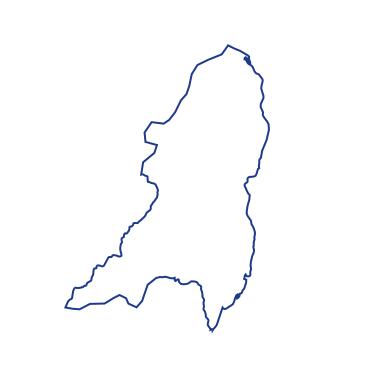 an SVG outline of Atsimo-Andrefana, rotated 199°
{"feature_id": "MDG-5866", "entity_name": "Atsimo-Andrefana", "entity_type": "Autonomous Province", "adm_level": 1, "iso_a3": "MDG", "parent_name": "Madagascar", "parent_adm1": "", "projection": "orthographic", "projection_center": [44.623, -23.116], "detail": "fine", "context": "isolated", "style": "outline", "palette": "blue", "viewbox_px": 384, "rotation_deg": 199, "n_neighbors": 0, "source": "natural_earth", "source_scale": "10m", "svg_char_len": 6021}
<svg xmlns="http://www.w3.org/2000/svg" viewBox="0 0 384 384"><g transform="rotate(199 192 192)"><path d="M205.6,342.4L199.0,341.5L192.5,341.1L183.3,339.2L182.1,338.6L181.2,335.9L179.2,333.6L178.7,332.1L179.9,332.6L181.0,333.6L182.9,335.8L184.2,336.7L185.2,336.8L185.8,336.0L185.5,334.5L184.5,334.7L183.6,334.2L182.0,332.6L181.0,331.9L180.1,331.5L179.1,331.3L177.9,331.2L175.7,330.3L171.9,326.2L169.7,325.0L167.7,325.1L167.0,324.9L162.0,321.5L161.3,320.0L160.8,314.6L160.2,312.3L155.7,306.1L155.0,303.9L155.6,297.7L155.0,295.4L154.3,294.2L151.6,291.3L151.3,291.1L151.0,290.8L150.7,290.2L150.5,289.6L150.3,288.2L150.0,287.6L147.9,285.8L143.5,282.8L141.6,280.8L139.5,275.9L138.4,265.6L139.1,253.8L138.0,247.1L138.1,246.5L138.6,245.2L138.8,244.5L138.7,243.7L137.9,241.7L137.4,239.0L137.0,237.7L136.2,236.5L137.1,235.1L136.9,230.2L137.2,228.0L138.6,226.7L142.8,224.8L143.9,223.3L143.7,222.1L142.9,220.3L143.0,219.1L143.9,218.1L144.2,217.7L144.6,216.5L144.6,215.9L144.4,215.3L143.7,214.3L142.1,212.9L140.8,211.2L138.1,208.7L137.7,208.4L137.3,208.4L136.9,208.2L136.4,207.8L136.2,207.4L136.0,205.9L135.3,203.5L135.0,197.3L134.1,192.2L133.2,189.3L131.5,187.4L127.1,184.2L126.4,183.2L125.4,181.1L124.4,180.2L123.3,179.4L121.1,176.9L119.7,174.9L119.0,173.4L118.7,172.5L118.4,169.6L117.5,167.8L117.2,164.2L116.4,162.2L116.0,159.8L115.7,159.2L114.8,158.0L114.5,157.4L114.0,155.8L114.0,154.2L114.2,151.0L113.5,144.7L112.6,141.4L111.0,138.3L111.0,137.6L111.0,136.9L111.0,136.2L110.6,134.5L109.9,133.0L110.0,131.5L111.4,130.4L113.1,130.3L114.4,131.5L114.9,130.4L114.7,129.3L114.5,128.1L114.4,126.8L112.2,126.8L111.3,124.0L111.2,117.8L111.4,117.1L112.0,115.7L112.1,115.0L112.1,113.3L112.2,112.6L112.5,112.3L112.8,112.1L113.0,111.7L113.4,111.6L113.7,111.4L113.8,111.2L113.3,109.3L113.4,108.4L113.7,107.6L114.1,106.8L114.7,106.0L115.4,107.0L115.5,108.2L115.1,110.7L116.4,108.8L116.7,105.6L116.5,102.1L116.8,99.4L117.5,98.2L121.7,92.9L122.8,92.1L124.1,91.9L125.5,92.7L125.3,74.3L125.8,72.6L127.1,69.4L127.5,67.7L128.0,68.9L128.5,68.9L129.7,67.7L129.8,68.2L130.7,69.1L133.0,70.7L133.8,71.4L134.1,72.3L134.6,75.9L135.2,76.7L138.0,78.3L138.6,79.2L138.9,80.2L139.6,81.4L140.8,83.1L142.6,84.4L143.1,85.1L143.2,85.7L143.3,87.2L143.5,87.9L144.7,90.1L145.1,91.2L145.2,92.8L145.7,94.4L147.8,96.1L148.3,97.0L148.5,97.9L149.1,99.1L150.1,101.0L151.6,102.7L152.0,103.4L152.3,104.9L152.5,105.5L153.3,106.1L154.1,106.3L155.0,106.4L155.8,106.7L156.3,106.9L157.0,107.7L157.6,108.1L159.0,108.4L160.3,108.2L162.6,107.6L163.7,107.2L165.2,105.0L166.3,103.9L168.3,102.7L170.6,101.8L173.0,101.6L175.1,102.9L176.1,104.9L176.7,104.9L178.0,103.6L178.5,102.5L178.8,102.5L179.5,102.9L179.8,103.4L180.4,105.2L182.3,104.0L184.4,103.5L189.3,103.3L192.5,101.7L194.8,101.1L196.3,100.0L197.8,99.2L203.7,89.9L203.7,72.7L206.9,64.9L215.8,65.8L219.8,70.1L227.0,71.0L231.9,65.9L238.3,58.1L252.0,53.0L260.1,44.5L266.6,42.8L274.1,41.6L273.6,47.8L273.5,48.2L273.4,48.5L273.3,48.9L272.4,50.4L272.0,51.0L271.2,51.7L271.0,51.9L270.9,52.3L270.9,52.7L272.1,59.7L272.1,60.5L271.9,62.2L271.8,62.6L271.5,63.2L271.2,63.5L270.9,63.6L270.6,63.7L269.3,63.8L268.4,64.3L267.6,64.4L266.8,65.0L266.1,65.2L265.9,65.5L265.7,65.8L265.5,66.0L265.1,66.2L264.7,66.2L264.4,66.4L264.1,66.6L263.9,66.9L263.8,67.2L263.5,67.9L263.3,68.2L263.1,68.4L262.3,68.6L262.0,68.7L261.8,69.0L261.6,69.3L261.5,69.6L261.6,70.9L261.6,71.3L261.5,71.7L261.3,72.0L261.2,72.3L258.7,75.1L258.6,75.5L258.5,75.8L258.6,76.2L258.9,78.1L259.0,79.0L258.9,79.4L258.6,81.0L258.5,81.3L258.6,81.7L259.6,86.3L259.7,86.7L259.6,87.1L259.6,87.5L259.4,87.8L259.2,88.0L257.9,88.6L257.7,88.8L257.7,89.1L257.7,89.4L257.9,90.0L257.9,90.8L257.9,91.1L257.7,91.5L257.2,91.9L256.9,92.0L256.1,92.2L255.3,92.4L253.2,92.4L252.8,92.5L252.4,92.6L252.1,92.7L251.9,92.9L251.6,93.2L251.4,93.5L251.3,93.8L251.2,94.2L249.7,102.9L249.5,103.2L249.3,103.5L249.0,103.6L248.6,103.8L247.9,103.9L247.6,104.1L247.2,104.2L247.0,104.5L246.8,104.8L246.7,105.1L246.5,105.9L246.4,106.3L246.1,106.5L245.8,106.7L243.2,107.3L240.5,107.2L239.7,107.4L239.1,107.6L238.8,107.8L238.3,108.2L238.1,108.5L238.0,108.8L238.2,109.5L238.7,110.5L240.1,112.5L241.0,114.1L241.4,115.1L241.6,115.6L241.7,116.1L242.3,119.1L242.3,119.5L242.3,119.9L242.0,120.6L241.9,121.0L241.8,121.4L242.0,121.9L242.3,122.6L243.0,123.8L243.3,124.6L243.4,125.2L243.3,125.5L243.1,125.8L242.9,126.1L241.9,127.0L241.8,127.4L241.9,127.9L242.2,128.9L242.3,129.5L242.3,130.0L242.1,130.8L241.9,131.0L241.6,131.2L240.8,131.3L240.4,131.4L240.1,131.6L240.0,131.9L239.7,133.0L239.4,133.7L239.3,134.1L239.1,134.9L239.1,135.8L239.1,136.3L239.2,136.8L239.6,138.0L239.6,138.4L239.6,138.8L239.4,139.0L239.1,139.2L238.1,139.6L237.8,139.8L237.6,140.1L237.1,141.4L237.0,141.8L237.1,142.6L237.2,142.9L237.1,143.3L236.8,143.5L236.6,143.7L235.6,144.2L234.2,144.6L233.5,144.9L233.2,145.1L233.0,145.4L232.9,145.7L232.8,146.2L232.7,146.5L232.5,146.8L232.3,147.1L232.1,147.4L231.7,147.9L229.0,152.9L228.5,154.4L228.4,155.3L228.2,157.1L228.0,157.9L227.7,158.5L225.9,161.0L225.8,161.3L225.6,161.7L225.6,162.1L225.6,162.5L225.6,163.0L226.2,164.6L226.3,165.0L226.3,165.4L226.3,165.8L226.2,166.2L225.8,167.2L225.7,167.5L225.6,167.8L225.6,168.7L225.5,169.0L225.4,169.4L225.2,169.7L224.9,170.3L224.6,171.0L223.9,173.7L223.4,175.1L223.3,175.5L223.4,176.0L223.6,177.0L223.6,177.9L223.6,178.4L223.8,178.8L224.0,179.3L224.2,179.6L224.5,180.3L224.6,180.7L224.7,181.9L224.8,182.4L225.0,182.9L225.4,183.5L225.5,183.7L226.1,184.2L226.7,185.0L228.6,186.9L228.9,187.2L229.4,187.4L230.4,187.6L231.0,187.6L233.5,187.3L233.9,187.3L235.1,187.5L235.5,187.5L236.6,187.2L236.9,187.3L237.2,187.5L237.4,188.0L237.6,188.8L238.0,189.4L238.2,189.7L238.5,190.3L238.8,191.4L238.9,191.8L239.2,192.1L239.5,192.3L240.3,192.3L241.7,192.2L242.5,192.4L243.6,192.7L244.0,192.7L244.4,192.6L244.8,192.5L245.7,191.9L247.9,204.2L240.3,216.7L240.4,225.0L252.3,224.2L256.2,232.8L252.9,244.9L241.1,247.4L237.1,252.6L233.9,262.0L232.3,275.0L229.1,282.7L229.1,291.3L230.6,303.4L228.2,313.8L219.6,322.4L208.7,331.8L205.6,342.4Z" fill="none" stroke="#1e3a8a" stroke-width="2"/></g></svg>